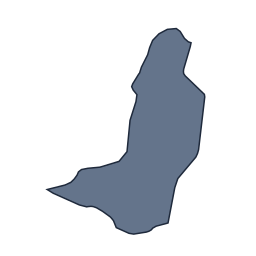 map outline of Westmoreland (Natural Earth projection), rotated 97°
{"feature_id": "JAM-1376", "entity_name": "Westmoreland", "entity_type": "Parish", "adm_level": 1, "iso_a3": "JAM", "parent_name": "Jamaica", "parent_adm1": "", "projection": "natural_earth1", "projection_center": [-78.09, 18.195], "detail": "fine", "context": "isolated", "style": "filled", "palette": "slate", "viewbox_px": 256, "rotation_deg": 97, "n_neighbors": 0, "source": "natural_earth", "source_scale": "10m", "svg_char_len": 913}
<svg xmlns="http://www.w3.org/2000/svg" viewBox="0 0 256 256"><g transform="rotate(97 128 128)"><path d="M198.9,200.7L192.3,183.6L188.9,178.1L185.3,175.2L181.0,172.8L177.6,171.8L174.9,169.1L172.9,163.0L170.3,151.1L162.2,132.8L151.6,126.1L120.1,126.9L100.8,123.3L93.8,123.2L89.8,127.4L86.5,129.4L83.6,128.7L73.1,123.9L72.0,123.2L66.0,122.1L52.9,117.4L45.5,116.3L38.0,114.2L30.7,108.7L25.3,101.0L23.4,92.2L25.8,88.0L32.2,82.9L35.1,78.7L35.7,75.8L39.6,76.1L62.7,79.9L65.0,79.9L67.2,79.4L69.3,77.6L85.3,56.3L87.8,55.6L140.9,55.3L144.8,55.9L148.6,57.1L172.1,72.4L181.5,74.3L217.4,76.7L222.0,88.1L224.5,91.4L225.6,92.0L226.5,92.7L227.2,93.7L227.9,94.6L229.1,97.2L232.6,109.4L232.4,114.2L228.3,127.5L221.8,131.1L220.4,132.5L218.5,134.6L213.8,143.1L211.0,149.5L210.3,152.6L210.2,154.1L210.3,155.5L210.9,158.2L211.3,159.4L210.3,166.9L201.9,194.2L198.9,200.7Z" fill="#64748b" stroke="#1e293b" stroke-width="1.5"/></g></svg>